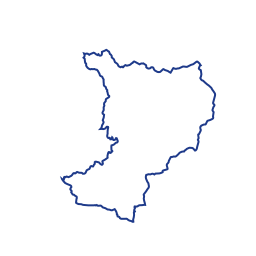 Son Ha, Quảng Ngãi, Vietnam (Robinson projection), rotated 26°
{"feature_id": "81297802B11658146957456", "entity_name": "Son Ha", "entity_type": "district", "adm_level": 2, "iso_a3": "VNM", "parent_name": "Vietnam", "parent_adm1": "Quảng Ngãi", "projection": "robinson", "projection_center": [108.493, 14.975], "detail": "fine", "context": "isolated", "style": "outline", "palette": "blue", "viewbox_px": 256, "rotation_deg": 26, "n_neighbors": 0, "source": "geoboundaries", "source_scale": "gbopen_adm2", "svg_char_len": 5830}
<svg xmlns="http://www.w3.org/2000/svg" viewBox="0 0 256 256"><g transform="rotate(26 128 128)"><path d="M177.1,189.6L176.1,188.2L174.4,186.3L173.1,184.5L172.6,182.8L172.2,182.0L171.5,181.3L171.3,180.9L171.3,180.6L172.0,177.1L172.3,174.6L172.7,172.6L172.6,171.9L172.3,171.1L170.5,168.7L168.8,167.7L166.3,165.5L165.5,164.3L165.1,163.0L165.0,162.1L165.5,161.8L166.5,160.7L168.4,159.9L169.8,158.5L170.6,158.2L172.1,158.2L172.6,157.0L176.2,155.0L177.5,153.8L178.5,152.6L178.0,151.5L178.2,150.8L181.2,148.1L181.5,147.6L181.3,147.0L179.3,144.7L179.0,144.0L178.9,143.4L179.3,142.1L179.5,141.1L179.1,139.6L179.2,135.6L179.4,135.2L180.6,134.5L181.5,133.6L183.0,133.0L183.7,132.2L184.7,129.6L185.2,127.8L185.6,127.1L186.9,125.6L188.8,124.4L188.8,123.5L189.6,122.1L190.0,121.0L191.3,119.4L192.1,118.7L194.4,117.8L195.5,117.8L198.1,118.9L198.5,118.6L198.7,118.2L198.9,117.4L198.9,116.4L198.4,114.4L197.5,109.6L197.1,108.9L196.0,108.0L195.9,106.1L194.4,103.9L194.0,103.1L194.4,102.6L194.5,102.0L194.5,98.5L194.2,97.7L193.6,97.2L192.9,96.2L192.6,95.5L192.6,95.0L192.8,93.9L193.6,92.8L194.7,91.6L196.0,90.9L196.2,90.6L196.2,87.5L196.3,86.7L198.4,84.7L199.7,83.1L200.2,82.1L200.1,81.5L199.8,80.9L199.3,80.3L198.0,76.2L196.3,75.2L196.0,74.6L195.6,71.9L195.8,70.4L195.7,69.6L195.3,69.2L194.1,68.8L193.7,68.5L193.4,67.9L192.0,60.7L191.7,59.9L191.0,58.9L188.9,57.6L186.8,56.5L185.3,55.4L182.0,54.4L180.1,54.1L177.4,53.4L174.9,52.6L173.4,52.7L172.3,52.3L171.5,51.7L171.1,51.4L171.0,49.7L170.4,47.5L168.3,44.4L167.8,44.0L167.1,44.1L166.0,43.8L165.5,43.3L165.3,41.1L165.4,40.2L165.8,39.8L163.8,38.6L161.4,37.9L160.8,38.1L160.3,38.8L158.7,42.0L156.9,43.7L154.4,47.0L153.6,47.5L151.4,48.2L150.4,48.7L147.6,52.1L146.4,52.8L145.5,53.6L144.4,54.1L142.5,54.3L142.4,54.5L142.0,59.6L140.9,59.6L138.8,59.3L135.8,59.7L134.1,59.5L133.9,59.6L133.6,60.2L132.5,63.1L132.1,63.7L131.1,64.3L129.8,64.7L126.8,64.5L125.8,64.0L124.2,62.7L123.3,62.7L122.3,63.2L121.9,64.3L121.5,64.8L120.6,65.5L119.7,65.7L119.0,65.7L117.8,65.4L117.1,64.1L116.6,63.6L113.4,63.2L112.8,63.7L111.8,64.1L111.1,64.8L110.5,65.7L106.2,65.5L104.5,65.5L104.0,65.9L103.8,66.4L103.6,67.6L102.9,68.3L102.4,69.8L101.7,70.8L99.8,72.4L99.3,72.6L98.3,72.5L98.0,72.7L97.1,74.7L97.1,75.4L96.6,75.7L95.7,75.5L94.6,76.7L92.7,76.6L92.0,76.3L90.8,75.3L90.2,75.0L87.4,74.5L85.6,72.8L85.1,72.4L84.5,72.2L82.5,71.7L81.8,70.4L80.5,69.6L79.3,69.4L77.5,67.7L76.8,67.7L74.8,67.3L74.2,67.3L73.3,68.6L71.2,71.0L72.1,72.9L72.2,73.4L72.2,74.2L71.8,74.8L71.4,75.1L70.5,75.4L70.1,75.3L69.4,74.7L69.0,74.6L68.8,75.0L68.7,75.5L68.6,75.8L68.4,75.8L67.3,75.8L65.0,75.3L64.1,75.4L61.7,78.1L61.1,79.2L59.2,78.9L58.1,79.3L57.2,80.1L55.8,80.3L57.1,81.6L57.4,82.3L57.5,83.1L57.2,84.3L58.6,84.7L58.8,84.9L59.9,86.7L61.0,88.2L62.0,88.4L62.3,88.7L63.0,90.2L63.7,90.8L65.3,91.6L66.8,91.9L67.8,91.9L68.6,91.7L69.1,91.1L70.7,90.5L72.0,89.7L73.1,89.7L74.5,89.3L75.8,89.8L78.5,91.7L79.6,92.9L80.0,93.1L80.5,93.3L82.0,93.2L82.7,93.5L83.7,94.4L84.8,95.0L85.0,95.7L85.5,96.4L85.8,97.2L86.5,98.2L87.4,99.9L88.0,100.5L90.1,101.0L91.3,102.4L92.8,103.1L93.2,104.3L93.9,104.8L95.4,106.8L96.1,107.2L97.0,107.4L97.4,108.1L97.3,108.7L95.6,111.5L95.6,112.2L96.2,113.7L95.7,115.8L95.7,116.2L96.3,117.6L96.8,118.0L97.0,118.8L97.0,120.0L98.3,122.5L98.3,125.2L98.4,125.5L98.7,125.9L99.0,126.2L100.7,126.6L101.6,129.3L101.9,132.1L103.1,133.0L103.6,133.7L103.7,135.0L103.5,136.9L103.8,138.1L104.1,139.3L103.6,141.0L105.2,140.1L105.8,140.0L106.6,139.6L107.6,138.6L107.9,138.1L108.3,136.3L108.7,136.0L109.6,135.8L109.8,136.0L110.0,136.3L110.5,138.3L111.5,140.8L112.0,141.6L112.7,144.1L113.2,144.9L114.2,145.5L114.5,145.6L115.1,145.5L115.7,144.9L116.0,144.9L117.0,145.9L117.6,145.7L118.0,145.3L118.0,145.0L117.8,143.3L118.1,143.4L118.7,143.9L119.4,145.0L120.3,145.1L121.0,144.7L121.7,143.8L121.7,143.2L121.6,142.5L121.7,142.3L122.4,142.3L122.4,142.6L124.1,143.7L124.7,144.6L124.7,145.2L124.6,145.7L123.5,146.7L122.7,148.8L121.8,150.0L120.8,150.9L121.2,152.1L122.7,154.9L123.2,155.4L123.7,155.4L124.0,155.6L123.5,156.6L123.8,157.0L123.2,158.1L122.8,158.3L121.5,157.9L121.2,158.1L121.1,158.6L121.2,159.7L121.8,162.2L122.1,162.7L122.5,163.2L122.7,163.7L121.4,166.2L119.6,168.8L119.7,169.4L120.9,170.8L121.1,171.4L120.9,172.2L120.7,172.5L120.3,172.6L118.5,172.3L117.2,171.7L116.7,171.7L114.0,172.3L113.3,172.7L113.1,173.3L113.7,174.5L113.8,175.3L113.5,175.8L113.5,177.8L113.0,178.1L111.7,178.3L111.2,178.9L111.2,179.8L111.3,181.4L111.1,181.9L109.9,183.3L109.4,184.2L109.5,186.5L109.4,187.2L109.0,187.9L108.5,188.4L107.4,188.9L106.6,188.6L105.9,188.6L103.8,189.6L101.6,189.8L101.2,190.2L100.8,191.5L100.4,192.0L100.0,192.2L99.4,192.1L99.0,192.4L98.7,192.8L98.3,195.0L98.0,195.8L96.5,197.8L96.0,198.3L94.7,198.4L94.0,198.6L93.4,199.7L92.7,199.6L92.3,199.9L92.1,200.4L92.9,202.2L93.0,202.7L92.8,203.2L92.4,203.2L91.5,202.9L91.1,202.8L91.3,203.0L93.9,204.4L94.6,204.5L95.6,205.0L98.1,205.0L101.5,204.8L102.4,205.1L103.0,205.9L102.8,207.0L102.9,208.2L103.3,208.6L104.9,209.3L105.2,209.9L105.1,210.6L107.4,212.0L108.8,211.7L109.6,212.0L111.9,212.2L112.1,212.4L112.7,213.4L112.8,214.3L113.9,217.6L114.2,218.0L114.5,218.1L116.7,218.1L119.4,217.0L121.3,216.8L126.5,214.8L131.5,212.3L132.3,211.7L133.1,211.7L133.7,210.9L134.6,211.1L135.2,211.0L137.5,209.7L138.4,209.8L140.1,210.4L142.9,210.0L145.3,210.2L147.2,209.5L149.0,209.3L149.8,208.9L151.6,206.8L153.2,207.7L154.5,208.7L155.7,210.1L155.9,210.6L156.4,210.6L157.4,212.0L158.6,211.8L159.2,211.8L160.4,212.6L161.7,212.6L166.5,210.2L167.4,210.2L168.3,210.5L169.9,210.6L171.7,210.2L173.1,210.3L173.7,210.1L173.9,209.9L173.2,208.8L172.8,208.1L172.3,205.7L171.6,203.5L170.3,201.3L170.2,200.8L170.8,200.2L170.8,199.9L169.9,199.6L169.6,199.3L169.4,198.2L169.4,196.9L168.5,196.3L168.4,195.6L170.3,194.8L171.0,194.1L171.5,193.1L172.2,192.4L174.6,191.1L176.3,189.9L177.1,189.6Z" fill="none" stroke="#1e3a8a" stroke-width="2"/></g></svg>